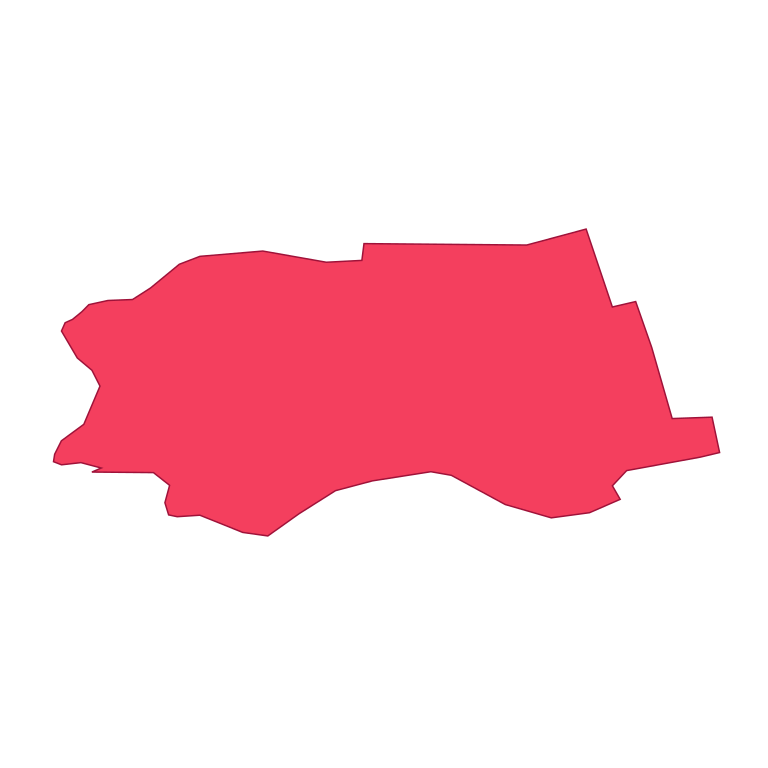 an SVG outline of Jaunjelgavas, rotated 178°
{"feature_id": "LVA-5732", "entity_name": "Jaunjelgavas", "entity_type": "Municipality", "adm_level": 1, "iso_a3": "LVA", "parent_name": "Latvia", "parent_adm1": "", "projection": "robinson", "projection_center": [25.345, 56.517], "detail": "fine", "context": "isolated", "style": "filled", "palette": "rose", "viewbox_px": 768, "rotation_deg": 178, "n_neighbors": 0, "source": "natural_earth", "source_scale": "10m", "svg_char_len": 838}
<svg xmlns="http://www.w3.org/2000/svg" viewBox="0 0 768 768"><g transform="rotate(178 384 384)"><path d="M51.0,303.8L70.3,299.9L144.5,289.0L159.3,274.3L152.0,260.5L183.1,248.2L221.5,244.4L242.2,251.2L267.0,259.3L293.2,274.7L319.9,290.4L340.2,294.7L399.0,287.6L436.2,279.1L473.3,257.4L505.4,236.2L530.4,240.6L572.6,259.3L595.3,258.6L603.8,260.7L607.1,273.0L601.8,290.2L617.5,303.5L679.0,306.2L669.5,309.9L689.6,316.0L709.1,314.5L717.0,317.9L715.6,325.3L708.4,338.5L685.4,354.2L667.9,391.8L675.4,407.9L689.6,420.7L704.5,448.2L700.5,456.4L693.1,459.4L683.4,466.8L676.2,473.6L657.0,477.1L632.4,477.2L614.0,488.1L584.4,510.8L563.5,518.0L500.5,521.1L437.4,507.7L401.8,508.3L399.1,525.0L236.5,517.9L176.6,531.8L153.1,453.0L129.6,457.6L115.2,411.3L97.2,339.4L57.3,339.4L51.0,303.8Z" fill="#f43f5e" stroke="#9f1239" stroke-width="1.5"/></g></svg>